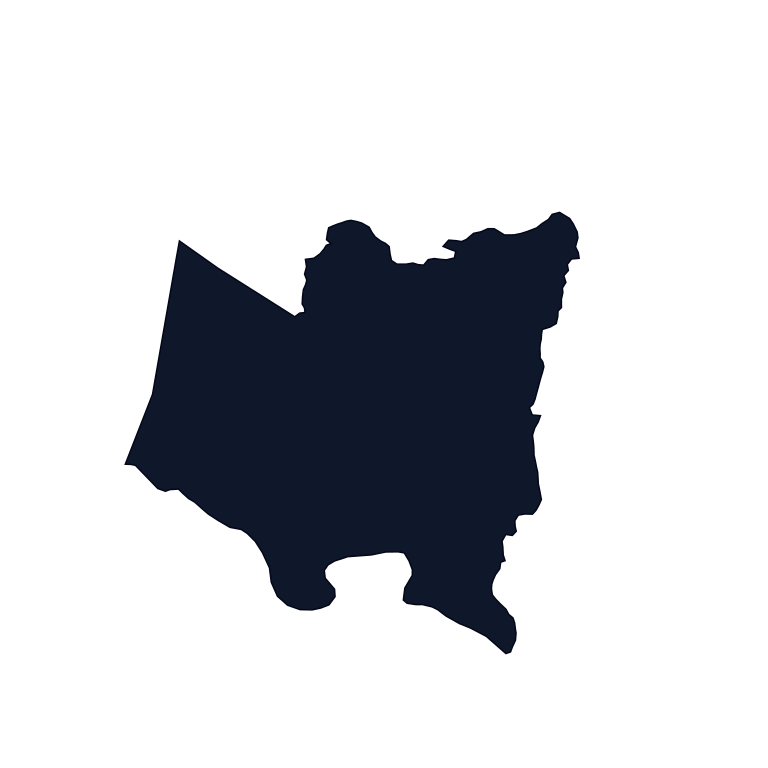 outline of Barra de São Miguel, Paraíba, Brazil, rotated 32°
{"feature_id": "56859067B75587111505212", "entity_name": "Barra de São Miguel", "entity_type": "district", "adm_level": 2, "iso_a3": "BRA", "parent_name": "Brazil", "parent_adm1": "Paraíba", "projection": "mercator", "projection_center": [-36.253, -7.679], "detail": "fine", "context": "isolated", "style": "filled", "palette": "ink", "viewbox_px": 768, "rotation_deg": 32, "n_neighbors": 0, "source": "geoboundaries", "source_scale": "gbopen_adm2", "svg_char_len": 2690}
<svg xmlns="http://www.w3.org/2000/svg" viewBox="0 0 768 768"><g transform="rotate(32 384 384)"><path d="M628.0,525.3L624.6,521.4L621.5,517.5L617.3,514.0L611.9,513.3L606.8,510.4L599.3,508.9L592.5,507.2L587.6,505.4L583.7,500.8L581.5,496.7L580.4,492.3L579.6,486.8L580.1,479.3L577.4,473.3L580.3,469.7L575.7,465.8L571.1,459.2L567.4,454.7L567.0,447.1L573.1,444.4L574.2,438.8L570.8,435.4L567.4,430.6L567.4,424.0L572.5,419.5L578.9,415.7L579.8,410.6L579.6,405.2L578.7,398.6L573.1,392.5L567.7,386.8L563.6,380.9L560.9,377.2L557.3,373.6L553.4,369.4L548.9,364.8L544.7,358.4L541.3,353.9L537.1,348.8L535.1,341.2L534.9,334.6L533.5,327.9L526.2,331.7L519.8,327.0L521.1,322.1L520.1,316.7L518.6,312.0L516.5,304.9L514.8,299.5L513.5,295.1L512.3,290.5L510.4,284.6L506.9,281.1L502.6,279.2L500.2,275.3L497.4,271.4L495.3,267.4L493.6,262.7L491.2,258.3L489.3,253.9L494.8,247.5L498.0,241.4L495.7,234.8L492.9,229.9L494.0,225.2L489.5,218.1L487.3,211.8L484.4,208.0L484.4,201.4L479.1,196.9L480.2,190.0L476.1,185.5L476.8,178.6L482.9,174.0L479.1,169.6L473.7,166.2L471.0,157.3L467.3,152.7L459.4,147.8L453.8,145.3L442.0,145.4L436.7,151.0L436.3,157.3L433.1,164.0L430.7,170.8L424.8,178.6L420.3,183.9L415.2,188.7L407.1,193.8L400.9,193.8L395.2,193.9L389.8,197.2L385.7,203.4L380.1,208.8L377.2,217.9L374.3,222.1L369.1,224.3L362.6,227.7L361.2,236.0L368.5,234.8L374.5,233.5L376.9,239.8L371.1,245.6L366.0,248.3L360.1,251.0L355.6,255.1L354.6,262.2L349.7,264.7L344.4,266.1L339.3,270.6L331.4,275.5L324.9,275.3L320.3,270.6L315.5,264.7L310.8,264.0L305.5,264.5L298.5,263.9L293.4,261.8L288.3,258.9L279.8,259.3L274.4,260.8L269.2,262.8L265.9,265.7L262.8,269.6L259.8,273.1L256.9,277.0L254.3,280.8L256.0,285.8L258.8,292.1L264.7,293.0L261.6,296.9L261.6,301.5L260.8,307.4L257.9,314.5L251.3,319.9L256.2,325.7L258.4,332.9L263.5,336.8L264.9,341.5L265.6,346.6L268.8,353.4L272.2,359.5L276.2,361.6L279.1,365.2L274.9,368.6L272.7,374.3L181.8,373.8L134.7,371.1L142.0,389.3L193.2,515.5L207.1,589.1L211.8,586.4L216.3,584.7L247.5,592.5L255.5,590.8L258.4,587.0L265.4,582.0L272.2,583.5L279.0,584.7L286.1,584.5L297.9,586.5L304.1,587.4L315.7,587.6L329.3,587.2L340.0,583.0L347.3,583.2L358.2,585.7L370.2,591.4L384.3,600.6L393.5,611.9L406.2,620.5L411.3,621.3L419.5,622.7L432.4,619.8L442.8,613.6L449.1,607.5L454.4,600.4L455.2,590.3L450.8,584.2L437.0,579.8L432.1,573.7L432.4,567.1L435.8,560.4L444.7,549.7L456.4,541.1L463.9,535.6L474.4,525.6L484.8,518.9L490.7,516.5L498.9,520.7L506.4,526.4L509.4,531.3L509.8,546.0L514.9,557.0L519.8,557.7L528.1,554.1L533.4,550.7L543.0,547.5L549.2,546.9L554.1,547.4L559.6,547.9L575.0,547.2L586.2,545.2L604.4,543.8L630.2,548.0L633.3,544.2L632.2,538.9L631.3,531.7L628.0,525.3Z" fill="#0f172a" stroke="#020617" stroke-width="1.5"/></g></svg>